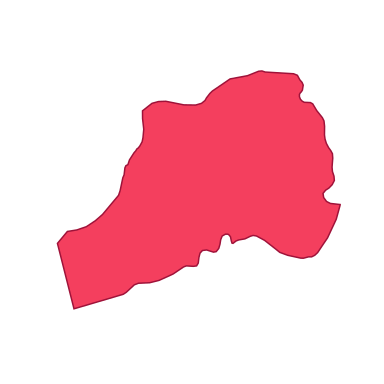 the border of Sa`dah, rotated 163°
{"feature_id": "YEM-150", "entity_name": "Sa`dah", "entity_type": "Governorate", "adm_level": 1, "iso_a3": "YEM", "parent_name": "Yemen", "parent_adm1": "", "projection": "equal_earth", "projection_center": [43.78, 17.066], "detail": "fine", "context": "isolated", "style": "filled", "palette": "rose", "viewbox_px": 384, "rotation_deg": 163, "n_neighbors": 0, "source": "natural_earth", "source_scale": "10m", "svg_char_len": 1674}
<svg xmlns="http://www.w3.org/2000/svg" viewBox="0 0 384 384"><g transform="rotate(163 192 192)"><path d="M96.6,95.0L99.4,95.9L104.8,96.1L107.4,97.0L119.0,103.5L125.7,108.6L128.6,112.9L136.7,124.5L143.2,131.1L146.3,132.6L149.2,132.6L155.1,131.7L161.3,132.5L164.1,132.3L167.8,130.9L168.7,131.4L168.7,133.7L168.3,138.0L169.0,139.7L169.5,140.7L170.4,141.3L172.3,141.9L176.0,141.1L178.5,138.0L180.5,133.9L182.9,130.2L186.3,127.9L189.0,128.2L195.0,132.3L199.1,133.0L202.2,131.2L204.5,127.4L206.8,122.2L209.2,120.0L212.4,120.5L219.0,123.0L222.0,122.8L234.1,119.1L249.4,117.1L259.0,117.6L269.9,120.4L274.3,120.1L284.2,115.3L287.6,114.3L319.6,114.6L339.0,114.8L335.7,182.2L322.7,190.7L313.4,189.4L303.3,189.7L292.8,192.8L284.1,196.7L263.2,210.3L260.4,214.2L254.0,225.8L251.9,228.3L249.1,234.7L247.5,236.5L245.3,236.9L242.4,241.0L235.9,246.5L233.6,247.9L232.3,249.2L230.6,249.8L228.5,251.2L225.0,254.6L223.0,258.3L219.8,266.1L217.8,276.7L215.6,284.1L204.3,288.5L197.6,288.3L190.5,286.4L174.3,277.7L163.1,274.1L157.0,274.0L152.8,275.7L150.6,277.8L146.1,281.0L143.0,282.6L122.5,289.0L104.9,287.0L93.0,288.0L89.7,287.3L86.9,285.3L60.3,275.4L57.1,272.8L56.1,267.8L54.7,264.6L54.4,261.7L56.6,257.2L58.1,255.9L59.5,255.1L60.7,254.0L61.4,251.7L61.2,249.0L60.1,246.7L58.5,245.0L52.6,242.9L50.8,241.0L48.9,233.3L45.6,225.0L45.0,221.4L46.0,216.1L48.6,207.9L49.3,203.8L49.3,199.2L48.4,194.5L47.2,191.0L46.5,187.6L47.5,183.2L50.8,174.8L51.7,170.5L51.6,165.6L52.5,161.4L55.8,158.0L60.0,155.7L63.6,154.7L67.1,152.4L67.7,148.2L66.1,143.6L63.0,140.6L54.0,136.7L54.4,135.8L62.0,123.8L75.8,108.5L81.9,103.6L89.6,97.3L93.1,95.6L96.6,95.0Z" fill="#f43f5e" stroke="#9f1239" stroke-width="1.5"/></g></svg>